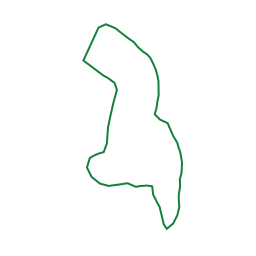 the district of Palmelo, Goiás, Brazil, rotated 350°
{"feature_id": "56859067B29924279004635", "entity_name": "Palmelo", "entity_type": "district", "adm_level": 2, "iso_a3": "BRA", "parent_name": "Brazil", "parent_adm1": "Goiás", "projection": "natural_earth1", "projection_center": [-48.394, -17.308], "detail": "fine", "context": "isolated", "style": "outline", "palette": "green", "viewbox_px": 256, "rotation_deg": 350, "n_neighbors": 0, "source": "geoboundaries", "source_scale": "gbopen_adm2", "svg_char_len": 929}
<svg xmlns="http://www.w3.org/2000/svg" viewBox="0 0 256 256"><g transform="rotate(350 128 128)"><path d="M112.3,182.2L117.9,182.3L125.6,187.3L130.1,187.3L136.7,188.0L141.7,189.6L141.2,197.7L143.7,206.4L145.4,210.9L146.2,223.5L146.4,228.9L148.7,234.0L155.9,229.9L161.3,222.7L164.8,214.8L165.7,206.2L166.6,201.9L169.1,195.0L170.2,187.3L172.7,182.2L174.1,176.5L175.2,171.2L175.3,161.2L174.5,156.5L173.9,150.8L171.2,143.9L169.4,136.6L167.9,130.1L161.1,125.4L156.7,119.1L159.6,113.2L161.5,107.1L163.8,101.5L166.1,87.4L166.1,82.9L165.6,76.0L163.8,68.4L162.1,62.8L159.6,58.8L156.1,55.5L151.6,49.7L148.7,44.5L144.1,40.0L137.2,32.4L133.2,27.9L129.4,25.2L124.1,22.0L116.4,24.0L95.8,53.8L112.5,71.7L116.9,75.3L122.6,81.3L123.7,88.5L117.7,101.3L112.8,113.0L108.4,124.0L104.5,139.6L99.9,147.5L95.1,148.0L90.2,149.1L85.2,150.9L80.7,159.8L83.6,169.7L90.6,177.8L98.9,181.7L112.3,182.2Z" fill="none" stroke="#15803d" stroke-width="2"/></g></svg>